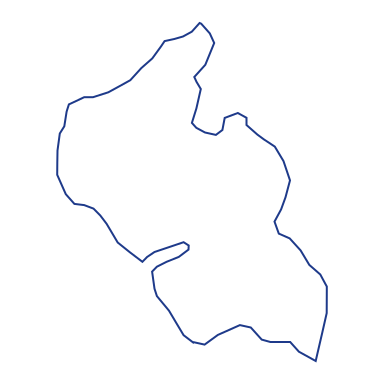 outline of Janggang, Chagang-do, North Korea
{"feature_id": "82179303B52063530776064", "entity_name": "Janggang", "entity_type": "district", "adm_level": 2, "iso_a3": "PRK", "parent_name": "North Korea", "parent_adm1": "Chagang-do", "projection": "albers", "projection_center": [126.732, 41.061], "detail": "fine", "context": "isolated", "style": "outline", "palette": "blue", "viewbox_px": 384, "rotation_deg": 0, "n_neighbors": 0, "source": "geoboundaries", "source_scale": "gbopen_adm2", "svg_char_len": 1254}
<svg xmlns="http://www.w3.org/2000/svg" viewBox="0 0 384 384"><path d="M199.6,23.0L191.8,31.7L183.0,36.5L174.3,39.0L164.6,41.1L161.1,46.3L152.3,58.4L141.3,68.1L130.3,80.2L117.1,87.5L108.3,92.3L93.0,97.2L84.2,97.2L68.9,104.4L67.2,109.7L66.6,111.7L64.3,126.3L59.8,133.5L57.5,150.5L57.3,162.6L57.2,174.8L61.5,184.5L65.8,194.2L74.4,203.9L84.2,205.1L93.5,208.6L100.3,215.5L106.6,223.8L117.7,242.5L129.9,252.3L142.4,261.8L147.2,256.9L154.5,252.0L169.1,247.1L183.6,242.2L188.7,245.5L188.5,249.6L178.8,256.9L166.6,261.8L156.9,266.7L152.1,271.6L154.5,288.7L156.9,296.1L169.0,310.7L176.3,323.0L183.6,335.2L193.3,342.6L193.7,342.2L204.6,344.6L217.9,334.9L228.9,330.0L239.9,325.1L250.8,327.5L261.7,339.6L270.4,342.0L279.2,342.0L290.2,342.0L298.9,351.7L315.7,361.0L317.8,351.9L322.3,332.5L326.7,313.1L326.8,291.3L326.8,286.5L325.3,283.8L320.3,274.5L309.3,264.9L300.6,250.4L289.7,238.4L278.8,233.6L274.5,221.6L281.1,209.4L285.5,197.3L290.0,180.4L283.5,161.1L274.8,146.6L263.9,139.4L257.4,134.6L246.5,125.0L246.5,117.8L237.8,113.0L224.7,117.9L222.4,130.0L215.9,134.9L205.0,132.5L196.3,127.8L191.9,122.9L196.4,108.4L198.6,98.7L200.8,89.0L196.5,81.8L194.3,77.0L205.3,64.8L214.2,43.0L209.8,33.4L201.2,23.7L199.6,23.0Z" fill="none" stroke="#1e3a8a" stroke-width="2"/></svg>